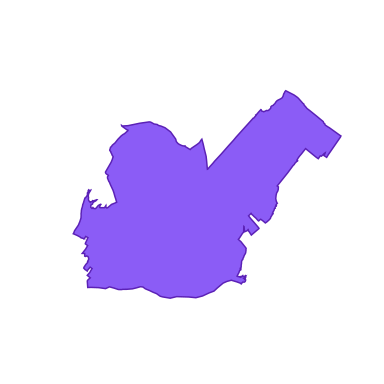 the district of Bucovat, Dolj, Romania, rotated 127°
{"feature_id": "2599482B36791492645492", "entity_name": "Bucovat", "entity_type": "district", "adm_level": 2, "iso_a3": "ROU", "parent_name": "Romania", "parent_adm1": "Dolj", "projection": "orthographic", "projection_center": [23.683, 44.282], "detail": "fine", "context": "isolated", "style": "filled", "palette": "violet", "viewbox_px": 384, "rotation_deg": 127, "n_neighbors": 0, "source": "geoboundaries", "source_scale": "gbopen_adm2", "svg_char_len": 5976}
<svg xmlns="http://www.w3.org/2000/svg" viewBox="0 0 384 384"><g transform="rotate(127 192 192)"><path d="M181.2,288.3L181.5,288.0L181.6,287.2L181.5,282.0L181.3,280.6L181.2,280.3L181.6,280.1L186.1,281.0L187.3,281.6L189.7,282.3L194.5,282.9L199.1,283.0L202.5,283.8L204.3,283.7L205.3,284.0L206.4,283.5L207.9,283.0L208.2,282.8L208.5,282.1L208.7,281.1L209.3,280.5L209.8,279.2L210.3,278.5L210.8,277.6L211.1,276.6L211.4,276.1L212.3,275.9L213.8,275.3L216.9,274.5L228.2,273.1L228.8,272.4L229.1,271.3L229.1,270.3L229.0,269.2L229.0,268.8L229.2,268.7L230.5,268.7L231.2,268.3L231.7,267.9L233.6,264.8L233.8,264.0L235.4,261.3L238.1,256.2L239.5,254.1L242.1,250.7L243.6,248.5L244.5,247.4L245.5,246.0L247.2,246.9L250.3,248.8L255.4,249.9L256.2,250.8L256.1,251.4L255.7,251.9L254.8,252.4L254.6,252.6L256.1,252.5L257.3,252.5L258.2,253.8L259.7,255.7L259.9,256.2L259.9,256.5L258.9,256.9L258.4,257.3L256.7,257.3L256.7,257.5L257.5,258.0L259.3,258.8L260.4,258.7L261.3,258.9L262.6,258.9L263.3,259.1L263.7,259.4L263.8,259.8L264.3,260.5L264.0,261.8L265.1,261.8L265.3,261.9L265.2,263.5L263.4,264.9L261.5,264.2L261.0,264.6L259.0,264.5L258.1,264.0L256.9,263.5L255.4,263.3L255.5,263.5L256.6,264.1L257.6,264.8L258.7,265.4L258.5,265.7L258.7,266.2L259.8,266.2L260.4,266.5L260.8,267.1L261.5,267.0L261.3,268.2L260.9,269.4L260.7,269.8L259.8,270.6L258.8,271.2L258.2,271.7L257.9,272.3L255.6,273.5L253.5,273.8L251.9,273.9L251.6,274.0L252.4,274.4L252.5,275.0L252.4,275.8L253.2,275.8L254.1,275.1L255.5,275.0L255.9,274.9L256.5,274.2L257.9,273.6L259.9,273.6L260.7,273.5L261.2,273.9L263.5,273.1L266.7,271.9L267.5,271.8L269.9,270.6L271.7,270.0L273.4,269.2L274.7,268.3L276.0,267.6L277.5,266.4L279.6,265.0L283.0,263.8L286.9,262.8L293.1,262.5L294.0,262.4L295.4,261.9L296.8,261.7L295.8,257.6L295.3,254.4L295.4,253.1L295.2,252.5L294.7,251.4L294.5,250.6L294.6,250.1L294.2,249.8L294.2,250.0L291.4,250.1L291.1,247.6L291.8,247.5L293.8,247.0L297.1,246.3L297.6,246.0L297.6,243.1L301.4,242.6L307.1,242.7L305.7,240.7L307.8,239.1L307.6,238.3L307.4,238.1L306.5,237.7L306.1,236.3L307.0,234.8L308.0,234.0L310.3,233.6L310.4,233.1L311.6,233.0L313.8,233.2L316.9,233.0L317.9,232.7L318.3,230.8L318.3,230.5L318.2,230.1L318.2,228.1L317.3,228.3L313.3,228.1L313.3,225.7L315.0,225.6L317.8,225.2L321.6,225.5L321.8,221.6L324.7,222.2L325.7,222.2L326.3,221.9L331.0,217.8L328.9,215.2L324.5,208.9L321.2,202.9L317.4,200.8L315.7,196.5L314.2,192.1L312.4,189.6L311.4,188.7L309.0,185.6L305.2,181.3L302.0,178.7L298.7,176.2L297.9,174.9L297.4,173.9L297.4,171.0L296.2,166.4L295.5,162.8L294.5,159.1L294.4,154.7L293.4,152.2L289.9,145.5L284.8,141.3L277.8,131.4L274.1,125.3L268.7,121.0L262.3,117.6L257.9,114.8L253.3,114.0L246.0,112.3L242.4,110.3L238.8,107.5L236.8,102.1L235.8,98.8L235.7,97.8L235.8,97.4L233.5,97.3L233.2,97.0L232.7,96.2L232.2,95.8L231.3,95.7L229.9,96.2L229.8,96.5L229.6,97.3L230.0,97.5L229.4,97.8L228.8,97.5L228.5,97.6L228.7,97.8L229.5,98.3L229.6,98.5L229.3,98.4L228.4,97.9L228.0,97.8L227.7,98.1L227.3,98.2L228.5,98.6L227.8,98.7L227.0,98.4L226.7,98.6L226.6,99.0L228.0,99.3L228.4,99.5L228.9,100.5L228.7,100.7L228.2,100.9L228.1,101.1L229.5,101.5L230.0,102.0L230.0,101.4L231.1,102.0L231.2,103.0L231.5,103.9L231.8,104.1L232.1,105.3L231.0,105.6L228.2,106.0L225.7,106.8L225.5,106.7L225.1,106.2L224.8,106.2L224.0,106.6L224.1,107.3L223.9,107.6L223.6,107.6L223.2,107.3L222.3,107.6L221.1,108.5L218.9,109.7L218.6,110.0L217.2,110.8L215.9,111.0L215.4,110.8L214.5,111.3L213.1,111.5L211.6,112.0L210.5,112.2L209.2,112.3L208.2,112.6L205.9,113.9L205.5,114.3L204.5,114.8L204.2,115.4L202.2,123.1L202.1,125.1L201.9,126.5L200.1,126.4L194.5,126.8L193.3,126.6L193.0,126.6L188.3,129.9L188.3,129.6L188.5,129.3L189.4,128.6L191.2,127.0L192.0,126.0L189.8,124.7L188.2,124.6L188.3,124.3L188.8,123.9L189.2,123.1L189.3,122.5L190.7,118.7L180.9,116.5L180.5,117.1L179.0,123.8L177.9,129.2L177.0,132.5L175.2,132.2L173.5,132.0L173.9,130.7L174.0,129.0L174.2,128.0L174.4,125.3L174.8,123.3L175.1,121.5L174.8,121.3L172.7,120.9L172.4,120.7L172.4,117.4L172.6,114.8L170.8,114.2L167.7,113.6L166.1,113.5L165.4,113.6L164.7,114.0L162.6,114.1L161.3,114.5L160.9,114.7L160.9,114.2L160.5,114.2L160.3,114.3L160.2,114.7L159.1,115.3L157.7,115.4L156.6,115.7L155.9,116.1L155.2,116.1L154.9,115.8L154.6,116.2L153.8,116.5L153.2,116.5L152.7,116.2L152.1,116.4L152.1,117.1L150.5,117.2L149.6,117.1L149.4,118.0L148.9,118.6L148.6,119.2L146.8,121.2L143.9,122.9L141.9,123.8L139.5,124.1L138.0,124.7L135.9,126.1L135.9,126.3L135.9,127.6L118.8,127.1L110.3,127.2L108.4,126.9L107.3,127.1L106.3,127.0L104.3,126.7L103.9,126.4L103.5,126.4L103.4,127.4L100.7,127.7L98.4,127.7L95.4,127.5L89.0,127.4L89.5,113.8L89.4,111.2L86.0,111.3L85.7,110.9L85.5,110.2L85.2,110.1L81.8,109.6L80.6,109.2L81.1,109.0L83.5,108.5L83.3,105.3L80.4,105.6L58.9,106.5L57.6,106.8L57.7,107.7L58.0,120.9L58.2,122.7L58.4,125.9L58.2,126.3L57.7,126.8L57.7,127.7L57.6,128.2L56.8,129.6L56.4,138.2L56.1,147.2L56.1,150.4L55.5,152.7L55.2,154.5L54.4,155.8L54.5,156.6L53.2,163.0L53.0,164.4L53.0,165.6L53.1,168.9L54.7,178.1L55.9,178.2L57.2,177.9L58.4,177.8L60.8,176.9L62.5,176.7L64.3,177.3L66.8,178.6L67.8,179.0L69.3,179.2L71.6,179.0L73.0,179.3L73.9,179.3L75.0,180.0L75.7,180.2L76.4,180.3L77.7,179.6L78.1,179.6L78.5,179.6L79.6,179.9L80.3,179.9L81.2,180.3L81.7,180.9L81.9,181.4L82.2,181.7L83.0,182.0L84.7,183.0L84.8,183.3L84.9,183.9L85.4,184.6L85.2,185.3L84.8,186.1L84.6,186.4L84.1,186.5L87.9,186.9L91.6,187.1L91.7,187.3L92.0,187.4L92.1,187.0L94.7,187.1L95.8,187.2L96.1,187.3L96.3,187.6L96.7,187.6L121.5,189.8L125.8,190.0L132.3,190.6L144.1,191.5L153.9,192.5L156.6,192.6L161.1,193.0L164.3,193.2L164.6,193.4L158.3,199.1L155.0,202.2L150.0,208.4L147.0,211.9L143.9,215.9L145.2,216.0L147.5,215.8L148.5,215.9L151.1,216.6L157.5,218.8L159.2,219.0L159.8,225.1L159.4,225.3L160.4,226.6L161.0,228.0L161.6,230.7L161.7,232.3L161.3,234.4L160.8,235.4L160.2,236.0L159.5,237.0L156.9,245.3L156.9,252.2L158.0,256.4L159.0,258.8L159.0,260.4L160.5,263.2L160.9,266.1L161.1,267.2L161.8,268.4L168.5,275.1L177.5,283.0L181.2,287.3L181.2,288.3Z" fill="#8b5cf6" stroke="#5b21b6" stroke-width="1.5"/></g></svg>